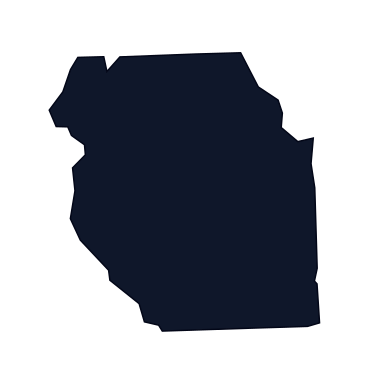 outline of Hickman, Tennessee, United States of America, rotated 81°
{"feature_id": "52423323B57415980272372", "entity_name": "Hickman", "entity_type": "district", "adm_level": 2, "iso_a3": "USA", "parent_name": "United States of America", "parent_adm1": "Tennessee", "projection": "robinson", "projection_center": [-87.5, 35.801], "detail": "fine", "context": "isolated", "style": "filled", "palette": "ink", "viewbox_px": 384, "rotation_deg": 81, "n_neighbors": 0, "source": "geoboundaries", "source_scale": "gbopen_adm2", "svg_char_len": 615}
<svg xmlns="http://www.w3.org/2000/svg" viewBox="0 0 384 384"><g transform="rotate(81 192 192)"><path d="M157.7,63.8L158.8,79.6L142.3,93.8L128.2,90.4L114.7,92.6L98.6,110.1L62.1,122.2L56.3,166.9L47.3,242.1L59.7,257.2L44.6,258.0L41.2,283.7L52.0,292.8L72.9,303.9L88.8,320.2L106.1,315.9L108.2,304.5L117.3,302.2L128.5,290.8L138.6,291.5L149.5,306.2L172.5,307.4L199.3,316.3L222.1,309.8L256.2,286.6L266.3,286.9L294.0,261.7L312.8,259.3L318.3,245.8L324.7,243.1L335.2,159.0L342.8,98.9L341.2,86.5L302.3,82.9L299.1,85.0L286.9,80.3L207.1,70.1L182.6,70.0L157.7,63.8Z" fill="#0f172a" stroke="#020617" stroke-width="1.5"/></g></svg>